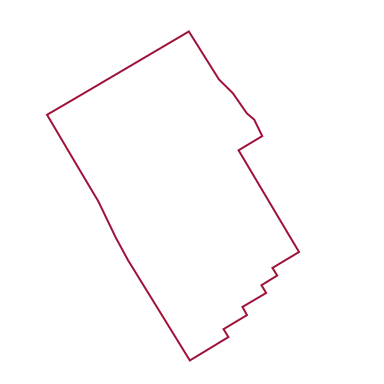 Carter, Missouri, United States of America (Albers equal-area conic projection), rotated 58°
{"feature_id": "52423323B98305313857375", "entity_name": "Carter", "entity_type": "district", "adm_level": 2, "iso_a3": "USA", "parent_name": "United States of America", "parent_adm1": "Missouri", "projection": "albers", "projection_center": [-90.88, 36.956], "detail": "fine", "context": "isolated", "style": "outline", "palette": "rose", "viewbox_px": 384, "rotation_deg": 58, "n_neighbors": 0, "source": "geoboundaries", "source_scale": "gbopen_adm2", "svg_char_len": 474}
<svg xmlns="http://www.w3.org/2000/svg" viewBox="0 0 384 384"><g transform="rotate(58 192 192)"><path d="M333.7,283.1L334.3,238.0L325.0,237.9L325.5,210.6L316.2,210.1L316.9,182.6L307.9,182.5L307.9,173.0L308.0,164.0L299.0,164.0L299.6,133.0L274.5,132.5L181.3,130.4L181.8,102.8L163.5,100.9L154.5,103.8L129.9,105.0L110.9,109.5L54.2,109.6L50.8,237.2L49.7,274.0L104.7,275.4L150.5,276.4L190.2,280.8L215.9,282.4L333.7,283.1Z" fill="none" stroke="#9f1239" stroke-width="2"/></g></svg>